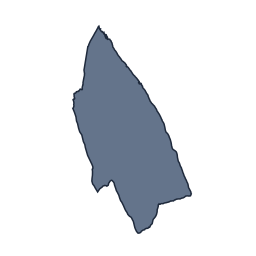 Karura, Semenawi Keyih Bahri, Eritrea, rotated 350°
{"feature_id": "51966322B45199582240714", "entity_name": "Karura", "entity_type": "district", "adm_level": 2, "iso_a3": "ERI", "parent_name": "Eritrea", "parent_adm1": "Semenawi Keyih Bahri", "projection": "equal_earth", "projection_center": [38.724, 17.385], "detail": "fine", "context": "isolated", "style": "filled", "palette": "slate", "viewbox_px": 256, "rotation_deg": 350, "n_neighbors": 0, "source": "geoboundaries", "source_scale": "gbopen_adm2", "svg_char_len": 5608}
<svg xmlns="http://www.w3.org/2000/svg" viewBox="0 0 256 256"><g transform="rotate(350 128 128)"><path d="M87.0,185.7L89.6,183.0L92.4,181.6L93.2,180.9L93.7,180.7L94.8,180.7L95.1,180.5L95.8,180.8L96.4,181.0L96.7,181.1L97.1,181.6L97.6,181.3L98.5,181.0L98.9,180.3L99.3,179.1L99.5,178.9L100.2,178.3L100.6,177.7L101.0,177.3L102.4,176.6L102.9,176.7L103.4,177.1L103.6,177.5L104.4,178.8L104.8,180.1L104.8,181.6L105.4,185.4L105.7,187.8L106.1,188.7L107.3,192.6L107.6,195.4L108.1,198.2L108.5,199.1L108.8,199.5L109.2,200.7L110.1,203.8L110.8,206.9L111.4,209.0L112.4,211.1L112.7,212.6L112.8,213.0L113.7,214.5L114.3,215.3L115.2,216.0L115.8,217.0L116.1,217.8L116.4,219.1L116.9,220.4L117.1,221.7L117.4,226.9L117.7,228.7L118.5,231.5L118.8,232.0L119.2,232.4L119.3,232.8L119.3,233.0L120.2,233.4L120.9,233.4L122.2,233.1L122.5,232.9L123.0,232.2L123.5,231.8L124.3,231.6L125.2,231.1L126.7,231.1L127.4,230.3L127.7,230.1L128.4,230.2L128.9,230.0L129.8,230.2L130.2,230.2L131.3,229.3L131.7,229.6L131.9,229.6L132.3,229.3L133.2,227.9L133.8,227.3L134.4,227.0L135.2,226.4L136.6,223.0L137.2,222.1L137.9,221.6L139.7,220.0L141.0,218.2L142.1,215.7L142.4,214.3L142.6,213.4L143.1,212.6L144.1,210.6L144.4,209.0L144.8,208.8L145.4,208.1L145.8,208.6L146.4,208.7L146.9,208.4L147.1,208.3L148.4,208.3L149.1,208.6L149.6,208.6L150.2,208.3L151.3,208.1L151.9,208.2L152.6,208.1L153.0,208.2L153.7,208.0L154.2,208.1L154.9,207.9L155.4,208.0L155.7,207.8L156.3,207.7L157.2,207.3L158.3,207.5L158.9,207.4L159.9,207.7L160.2,207.7L161.2,207.0L161.6,206.9L162.2,207.0L163.1,206.5L165.6,206.6L167.1,206.9L168.6,206.4L170.1,206.4L171.6,205.9L172.9,205.1L174.6,205.1L175.8,205.5L177.4,205.7L177.8,205.6L178.0,205.3L178.9,203.8L178.7,203.5L178.8,202.1L178.7,201.5L178.2,200.0L178.0,199.2L177.3,197.3L177.3,194.0L177.1,192.7L176.7,191.6L176.3,189.4L175.8,188.2L175.8,187.9L175.7,187.8L175.5,186.5L175.0,185.1L174.6,182.4L174.3,181.4L174.1,179.2L174.0,178.9L173.8,177.8L173.7,177.7L173.7,176.7L172.9,174.4L172.5,171.4L171.8,169.6L171.7,169.0L171.7,168.1L171.6,165.6L171.8,163.0L171.7,161.6L171.5,160.4L171.3,159.8L170.9,159.2L170.0,158.2L169.0,157.3L168.4,156.6L168.2,156.0L167.9,154.6L168.0,154.1L167.8,153.4L167.9,151.5L167.9,149.7L167.6,146.5L167.1,144.5L166.9,143.0L166.3,141.1L165.7,139.9L164.9,139.1L164.8,138.6L164.6,138.1L164.4,136.4L164.4,133.8L164.2,130.3L163.8,128.8L163.1,127.3L162.8,126.1L162.9,125.8L162.6,125.3L162.5,124.6L162.3,124.0L162.2,123.3L161.1,119.7L160.5,118.5L160.3,117.8L159.6,116.5L159.3,114.8L159.0,113.9L158.7,113.4L158.4,112.5L158.0,111.5L157.9,111.1L156.9,109.7L156.2,108.5L155.5,107.7L155.1,106.5L154.5,105.6L154.5,105.1L154.2,104.3L154.2,103.5L153.8,102.8L153.6,101.2L153.4,100.7L153.3,100.1L153.4,99.5L153.0,98.3L152.3,97.2L152.1,96.3L151.7,95.2L151.6,94.9L151.3,93.9L150.6,92.6L150.3,92.2L150.1,91.7L149.6,91.1L149.4,90.5L149.5,89.7L149.6,89.9L149.6,89.7L149.5,89.2L149.0,88.5L148.9,87.8L148.8,88.0L148.1,86.4L147.5,85.9L147.4,85.8L147.2,86.1L147.4,86.3L147.5,86.5L147.4,86.6L147.0,86.6L146.8,86.5L146.8,86.0L147.0,85.7L147.1,85.3L147.3,85.2L147.1,84.9L147.0,85.2L146.7,85.4L146.3,85.3L146.3,85.1L146.5,84.8L147.0,84.2L146.9,84.1L146.8,83.8L146.7,83.4L146.4,83.0L146.4,82.8L146.2,82.7L146.1,82.3L145.6,81.5L145.5,81.0L144.9,80.1L144.7,79.7L144.1,79.0L143.6,77.9L143.1,77.4L142.3,76.1L142.1,75.8L142.0,75.4L141.7,74.8L141.4,73.9L141.0,73.1L140.6,72.0L140.4,71.9L140.1,71.4L138.7,68.4L137.9,67.5L137.3,67.5L137.1,67.2L137.0,66.9L137.3,66.4L137.4,66.0L137.1,65.2L136.8,64.8L136.6,64.0L136.3,63.6L135.5,62.6L134.9,61.8L133.9,60.9L133.7,60.6L132.7,58.0L132.4,57.7L131.9,56.5L131.0,55.0L130.7,54.2L130.3,53.4L130.3,52.8L129.7,51.4L129.4,50.5L128.3,48.7L127.9,47.2L127.4,46.2L127.1,45.6L127.2,44.6L127.0,42.5L127.0,41.6L126.9,41.2L126.5,40.3L126.5,39.5L125.9,38.7L125.4,37.4L123.7,37.0L123.4,37.2L123.2,37.1L123.0,36.2L123.2,35.9L123.5,36.2L123.4,36.5L123.6,36.5L123.5,35.8L123.5,35.5L123.1,35.6L122.5,36.1L122.1,36.1L121.9,35.9L121.9,35.5L121.7,35.1L121.9,34.7L121.9,34.4L121.6,34.4L121.4,33.8L121.4,33.3L121.6,33.3L121.6,33.0L121.2,31.7L121.1,31.0L120.6,31.1L120.5,30.7L120.5,30.2L120.8,29.7L120.6,29.7L120.5,29.8L119.8,29.6L119.7,29.2L119.8,29.0L119.6,28.7L119.4,28.8L118.9,28.7L118.8,28.2L118.5,28.1L118.3,27.8L117.7,26.6L117.8,26.2L118.2,25.7L117.6,25.3L117.2,25.5L117.0,25.0L117.1,23.6L117.0,22.6L116.5,22.9L115.9,23.8L115.6,24.2L113.1,27.4L111.9,28.7L110.2,30.9L105.9,36.0L103.9,39.0L103.3,40.3L102.9,40.7L102.6,40.8L95.0,62.5L94.7,63.3L94.7,64.6L94.6,65.2L94.7,66.1L94.7,66.8L94.4,67.3L94.4,68.2L93.0,71.6L91.7,75.1L91.5,75.7L91.4,76.9L91.1,77.3L91.1,77.8L90.9,77.9L90.0,79.9L89.8,80.8L89.8,81.8L89.7,82.0L89.4,82.2L89.2,81.9L89.0,82.1L88.1,81.5L87.6,81.4L86.9,82.3L86.0,82.8L86.0,83.0L85.7,83.0L85.2,83.4L84.9,83.2L84.0,83.4L83.9,83.3L83.5,83.3L83.2,83.7L83.1,84.0L82.0,84.7L81.8,84.7L81.6,84.5L80.9,84.7L80.8,84.9L80.7,85.3L80.6,85.7L80.6,86.8L80.4,87.5L80.5,88.9L80.7,89.2L80.6,89.6L80.3,90.2L80.1,90.2L79.8,90.0L79.1,90.3L78.8,90.5L78.8,91.0L79.0,91.3L79.1,92.5L79.1,93.6L79.1,94.1L78.8,94.9L78.6,95.4L78.6,97.0L78.4,97.2L78.1,97.9L77.8,98.5L77.3,99.1L77.1,99.1L78.0,103.3L78.7,108.0L78.5,112.2L79.1,114.8L79.3,119.8L79.8,123.4L81.3,126.8L81.7,133.6L82.6,136.8L82.6,139.9L83.5,148.0L86.1,157.3L86.6,159.7L86.5,161.4L85.8,162.5L85.6,162.5L85.5,164.7L84.8,168.3L83.8,171.5L83.2,174.0L83.5,177.0L84.6,179.1L85.4,181.6L87.0,185.7ZM122.4,32.2L122.1,32.1L122.0,32.3L122.3,32.5L122.2,32.7L122.2,32.9L122.4,32.8L122.6,33.0L122.6,32.6L122.3,32.4L122.4,32.2ZM123.3,34.4L123.0,33.8L122.9,33.4L122.8,33.5L123.0,34.2L122.9,34.3L123.0,34.5L123.1,34.3L123.2,34.6L123.3,34.5L123.3,34.4Z" fill="#64748b" stroke="#1e293b" stroke-width="1.5"/></g></svg>